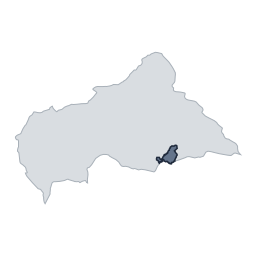 Bangassou, Mbomou, Central African Republic (highlighted)
{"feature_id": "33826404B81358030227477", "entity_name": "Bangassou", "entity_type": "district", "adm_level": 2, "iso_a3": "CAF", "parent_name": "Central African Republic", "parent_adm1": "Mbomou", "projection": "albers", "projection_center": [23.188, 5.123], "detail": "fine", "context": "in_parent", "style": "filled", "palette": "slate", "viewbox_px": 256, "rotation_deg": 0, "n_neighbors": 0, "source": "geoboundaries", "source_scale": "gbopen_adm2", "svg_char_len": 6356}
<svg xmlns="http://www.w3.org/2000/svg" viewBox="0 0 256 256"><path d="M182.2,92.4L184.8,93.0L185.2,93.8L184.5,96.4L185.0,98.0L186.4,99.3L187.9,99.9L189.3,100.2L194.2,101.1L196.2,102.0L198.8,105.0L202.2,107.7L203.0,109.2L202.9,110.5L201.9,112.1L202.0,112.7L203.6,114.3L205.3,116.0L208.6,117.8L214.2,120.6L216.7,122.5L217.6,124.0L219.1,125.5L221.1,127.0L222.4,128.1L221.5,131.2L221.8,132.3L222.3,133.2L223.5,134.4L223.9,136.0L225.1,138.0L226.5,138.8L228.8,139.2L230.0,140.1L232.5,141.6L235.0,143.0L236.1,143.9L236.7,144.8L237.3,145.7L237.6,146.7L237.6,148.8L238.1,151.5L239.4,153.3L240.6,154.6L235.6,153.1L234.9,153.1L234.0,153.3L231.4,155.3L230.5,155.5L227.2,155.1L219.3,153.7L213.1,152.2L211.3,151.7L208.0,151.2L205.8,152.2L203.8,155.6L203.2,156.3L200.0,157.3L198.5,157.0L194.8,157.9L189.1,156.6L187.0,156.8L185.4,157.6L181.3,159.1L178.8,160.0L176.0,160.8L173.2,162.0L171.3,162.6L169.5,162.6L167.9,161.9L166.1,161.4L164.0,161.2L161.7,161.6L159.8,162.9L159.1,163.9L157.4,166.4L155.5,170.6L154.7,171.4L154.0,171.9L145.1,169.8L141.2,169.3L138.6,169.9L135.4,168.7L134.0,168.5L133.3,168.9L131.5,168.4L128.5,166.9L125.7,166.3L123.2,166.5L121.6,166.0L120.4,164.7L118.8,162.1L115.9,159.6L112.0,157.6L109.5,156.1L108.6,155.0L106.5,154.5L103.3,154.4L100.2,155.3L95.7,158.4L91.6,164.8L89.3,167.3L87.4,167.9L86.9,169.4L87.8,171.9L88.0,174.7L87.4,179.5L87.6,183.0L86.6,182.5L85.7,180.8L85.2,180.5L82.5,181.2L81.1,181.9L80.3,182.5L79.8,182.6L78.9,181.7L78.2,181.5L77.1,181.7L76.0,181.7L75.3,181.5L74.9,181.6L73.6,181.1L68.9,179.7L68.1,179.2L67.2,179.3L64.7,180.4L63.5,180.7L59.6,181.4L55.4,181.7L53.8,181.7L52.7,182.3L52.0,183.0L50.7,187.4L50.3,188.2L50.4,189.3L50.0,192.9L50.1,194.0L45.1,203.7L44.2,202.1L43.8,200.2L43.6,198.0L43.7,197.4L43.4,196.7L43.0,194.9L43.4,193.8L43.1,192.6L42.1,191.4L41.3,190.5L40.8,189.6L40.4,189.3L39.4,189.1L38.1,188.7L32.6,182.9L27.0,176.4L25.8,174.2L25.4,173.0L26.8,172.9L27.2,172.7L27.2,172.1L26.3,170.5L25.9,168.3L25.3,167.1L23.0,165.0L20.9,163.5L20.2,162.7L19.9,161.6L19.1,154.6L18.8,152.6L18.1,151.8L17.6,151.4L17.5,150.9L17.6,149.6L17.9,148.5L17.9,148.1L18.5,147.1L18.5,140.7L17.9,139.8L16.6,139.7L15.9,138.8L15.4,137.6L15.5,136.8L16.8,135.5L17.6,135.0L20.1,134.0L20.8,133.5L21.2,132.8L21.5,132.0L23.0,128.7L25.1,125.4L26.0,124.7L28.2,119.9L28.7,118.6L29.1,117.4L29.8,116.4L32.1,114.8L33.9,111.9L35.8,112.1L37.7,112.6L40.2,112.8L42.1,112.3L43.4,111.2L49.5,109.3L49.9,107.8L50.9,107.0L52.0,106.3L52.4,106.2L52.5,106.7L53.1,108.3L54.5,109.9L56.5,111.7L57.1,111.6L58.3,110.3L61.5,109.5L62.3,109.1L64.5,107.2L67.2,106.0L68.8,105.6L71.5,104.3L73.4,104.5L76.5,104.3L81.7,103.7L85.5,103.6L87.4,103.3L87.8,103.1L88.6,101.2L89.1,100.7L90.5,99.9L93.3,97.1L95.1,94.8L95.7,93.9L96.1,93.8L96.8,92.8L96.1,91.7L93.0,89.6L93.1,89.3L92.9,89.0L93.1,88.7L94.2,87.8L95.8,86.9L97.5,86.5L101.9,86.6L105.7,86.4L106.6,86.5L109.5,86.0L111.5,85.5L113.5,84.5L118.2,84.7L122.1,82.1L123.2,81.7L123.7,81.3L123.8,80.9L125.7,79.9L127.7,77.8L129.3,75.9L129.8,74.5L134.2,70.0L135.7,70.1L136.4,69.5L138.2,66.5L138.7,65.9L140.5,65.4L141.4,64.5L142.2,63.2L142.2,61.5L141.8,60.2L141.8,59.6L142.2,59.0L143.0,58.4L146.3,56.8L147.1,56.0L147.6,55.3L148.6,55.2L149.6,55.2L150.2,54.8L151.0,54.0L153.3,53.1L155.4,52.3L157.6,52.6L161.7,53.6L162.9,55.8L163.5,56.5L168.5,61.6L169.5,62.9L172.0,66.6L173.5,69.1L175.3,72.7L175.4,74.6L175.2,76.3L174.9,81.1L174.4,82.4L172.2,85.0L172.1,86.2L172.6,87.1L173.2,87.5L173.6,88.0L173.4,90.2L174.2,91.1L175.9,91.7L180.0,92.0L182.2,92.4Z" fill="#d9dde1" stroke="#a8b0b8" stroke-width="1"/><path d="M170.5,147.0L170.4,147.3L170.2,147.4L170.2,147.5L170.3,147.7L170.2,147.9L170.0,148.1L169.9,148.2L169.9,148.4L169.9,148.5L169.7,148.6L169.5,148.8L169.4,149.2L169.2,149.4L169.2,149.5L169.2,149.8L169.1,150.1L169.2,150.3L168.5,150.7L168.3,150.9L167.9,151.8L167.8,152.6L167.7,153.1L167.4,153.3L167.3,153.2L167.2,152.9L167.1,153.0L167.0,153.3L166.9,153.5L166.6,153.4L166.3,153.5L166.1,153.8L166.3,154.1L165.8,154.4L165.6,154.7L165.2,154.6L164.9,155.0L164.7,154.5L164.4,154.6L164.4,154.8L164.1,155.0L164.0,155.5L163.9,155.6L163.6,156.0L163.6,156.3L163.2,156.6L163.1,156.8L162.9,157.1L162.8,157.4L162.7,157.7L162.4,158.2L162.5,158.4L162.4,158.7L162.1,158.9L161.8,158.9L161.7,159.2L161.7,159.4L161.8,159.6L161.6,159.8L161.3,159.5L160.9,159.3L160.5,159.2L160.2,159.2L159.9,158.8L159.9,158.5L159.6,158.1L159.3,157.4L156.9,157.4L156.5,158.7L156.6,159.9L157.4,160.3L158.0,160.5L158.1,160.9L158.8,161.6L158.6,161.8L158.6,162.2L159.0,162.6L159.0,162.9L159.5,163.3L159.7,162.9L159.9,162.6L160.2,162.2L160.3,161.7L160.5,161.5L160.8,161.5L161.0,161.6L161.2,161.9L161.3,162.0L161.5,161.9L161.7,161.7L161.8,161.7L161.8,161.4L162.0,161.3L162.0,161.2L162.3,161.1L162.3,160.9L162.2,160.8L162.1,160.7L162.1,160.4L162.2,160.1L162.3,160.0L162.5,159.9L162.7,160.0L162.8,160.0L163.0,160.0L163.1,159.9L163.4,159.7L163.5,159.6L163.8,159.8L163.9,160.0L164.0,160.2L164.0,160.3L164.1,160.6L164.2,160.9L164.2,161.0L164.3,161.0L164.5,161.1L164.8,161.2L164.9,161.3L165.0,161.3L165.2,161.5L165.3,161.6L165.5,161.7L165.8,161.7L165.9,161.8L166.0,161.8L166.2,161.7L166.3,161.6L166.5,161.5L166.6,161.4L166.8,161.3L167.0,161.3L167.3,161.4L167.4,161.5L167.5,161.6L167.6,161.8L167.7,162.0L167.8,162.1L168.0,162.2L168.0,162.3L168.2,162.5L168.3,162.5L168.4,162.4L168.5,162.4L168.6,162.5L168.8,162.7L168.8,162.8L168.8,163.1L169.0,163.2L169.3,163.2L169.3,163.3L169.5,163.4L169.5,163.5L169.8,163.6L170.0,163.5L170.3,163.5L170.5,163.6L170.6,163.8L170.8,163.9L171.0,163.8L171.3,163.9L171.5,163.8L171.6,163.7L171.6,163.4L171.5,163.2L171.5,162.9L171.6,162.7L171.8,162.7L172.0,162.5L172.0,162.4L172.3,162.4L172.5,162.4L172.8,162.4L173.0,162.3L173.0,162.2L173.3,162.1L173.5,162.0L173.5,161.9L173.6,161.7L173.8,161.7L173.9,161.4L174.0,161.3L174.1,161.2L174.3,161.1L174.3,160.9L174.5,160.9L174.7,161.0L174.8,161.0L174.7,160.4L174.8,160.2L174.9,159.9L174.9,159.7L175.0,159.7L175.0,159.4L175.1,159.2L175.4,158.6L175.7,158.1L175.7,157.8L176.1,157.4L176.3,157.0L176.3,156.4L176.5,156.0L177.1,155.2L177.1,154.7L176.8,153.9L176.1,153.2L175.3,152.3L175.1,151.5L174.6,151.2L174.4,150.9L177.2,148.3L177.1,147.9L177.0,147.5L176.9,147.0L176.9,145.9L176.5,145.5L176.0,145.3L175.4,145.3L175.1,145.3L174.9,145.7L174.6,145.9L174.0,145.9L173.8,146.1L172.8,146.1L172.2,145.9L171.9,145.9L171.6,146.2L171.4,146.4L171.1,146.5L170.9,146.7L170.7,147.0L170.5,147.0Z" fill="#64748b" stroke="#1e293b" stroke-width="1.5"/></svg>